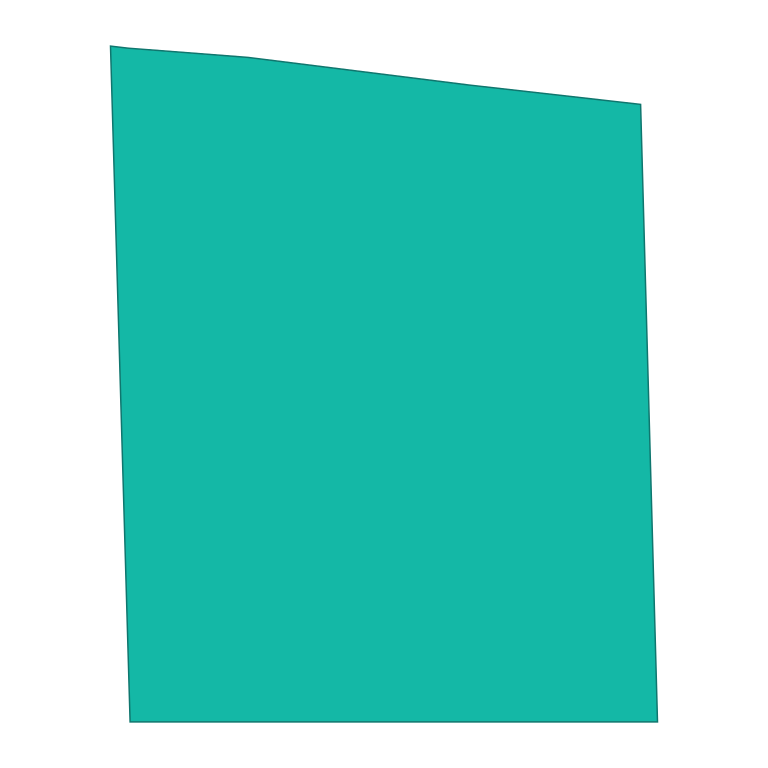 36, Ar Rayyān, Qatar (orthographic projection)
{"feature_id": "91078587B22410322487846", "entity_name": "36", "entity_type": "district", "adm_level": 2, "iso_a3": "QAT", "parent_name": "Qatar", "parent_adm1": "Ar Rayyān", "projection": "orthographic", "projection_center": [51.481, 25.302], "detail": "fine", "context": "isolated", "style": "filled", "palette": "teal", "viewbox_px": 768, "rotation_deg": 0, "n_neighbors": 0, "source": "geoboundaries", "source_scale": "gbopen_adm2", "svg_char_len": 236}
<svg xmlns="http://www.w3.org/2000/svg" viewBox="0 0 768 768"><path d="M640.6,104.4L604.3,100.3L468.7,85.0L247.9,57.4L128.3,48.2L110.5,46.1L130.1,721.9L657.5,721.9L640.6,104.4Z" fill="#14b8a6" stroke="#0f766e" stroke-width="1.5"/></svg>